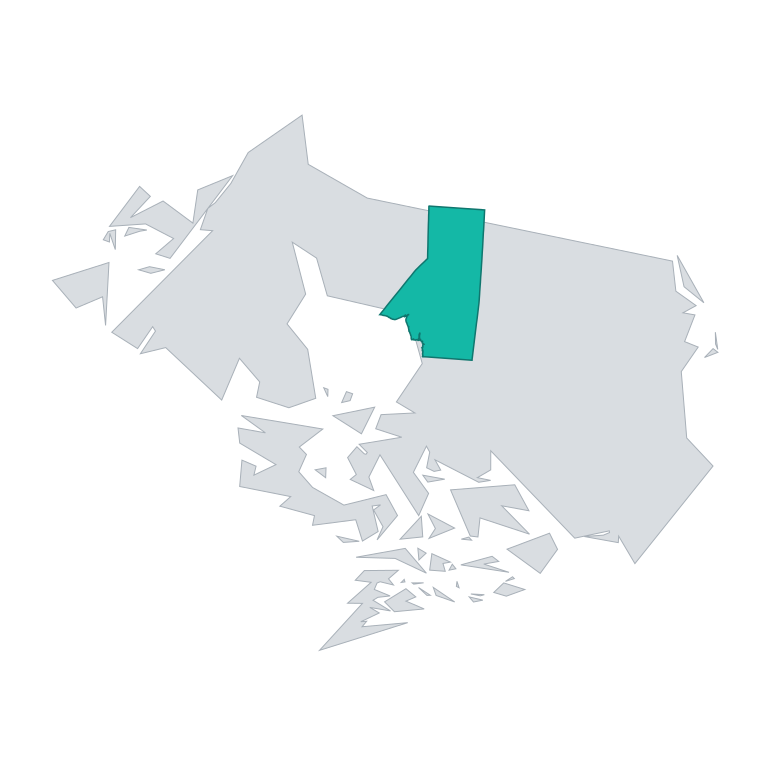 Manitoba on a map of Canada (Albers equal-area conic projection), rotated 181°
{"feature_id": "CAN-630", "entity_name": "Manitoba", "entity_type": "Province", "adm_level": 1, "iso_a3": "CAN", "parent_name": "Canada", "parent_adm1": "", "projection": "albers", "projection_center": [-94.63, 54.496], "detail": "fine", "context": "in_parent", "style": "filled", "palette": "teal", "viewbox_px": 768, "rotation_deg": 181, "n_neighbors": 0, "source": "natural_earth", "source_scale": "10m", "svg_char_len": 8502}
<svg xmlns="http://www.w3.org/2000/svg" viewBox="0 0 768 768"><g transform="rotate(181 384 384)"><path d="M87.0,401.6L80.4,335.3L53.6,307.7L130.0,208.8L146.7,236.0L147.0,229.5L181.1,235.0L162.0,236.7L155.9,239.4L156.2,241.1L190.6,233.2L276.1,319.1L275.8,300.0L289.0,292.0L275.7,289.5L287.6,287.4L331.7,309.1L325.8,298.9L332.4,297.5L339.9,301.0L337.1,316.7L340.5,322.6L353.1,296.2L337.5,275.4L347.0,253.0L386.8,313.1L397.5,290.7L392.4,277.3L416.1,288.0L410.1,293.0L419.1,309.8L410.0,320.8L402.6,313.9L400.8,313.4L399.5,315.2L407.8,323.3L365.3,331.1L391.5,339.1L386.4,353.3L352.6,355.6L371.3,366.3L346.1,405.1L360.6,453.9L442.2,471.2L453.6,508.7L478.2,524.2L463.9,472.5L482.0,442.4L460.9,417.3L452.0,368.5L478.7,358.6L511.2,368.5L508.3,383.9L529.0,407.2L546.0,365.1L602.9,416.6L628.1,410.0L613.4,432.9L616.3,437.3L631.0,415.1L657.1,431.0L558.0,534.3L570.3,535.1L563.2,556.5L555.8,562.4L540.7,581.7L523.8,613.1L470.6,651.4L463.6,602.3L404.0,569.6L97.7,511.9L93.8,481.9L73.3,467.8L86.4,460.4L74.3,458.5L84.2,431.6L70.5,426.4L87.0,401.6ZM385.3,263.1L393.7,261.8L387.3,236.4L402.8,226.6L409.9,247.8L453.0,241.5L451.2,251.2L486.0,260.0L475.3,269.8L526.5,279.0L524.7,305.4L510.5,299.6L512.5,290.6L490.6,301.5L527.2,322.4L529.2,337.5L501.7,333.1L526.1,350.0L444.4,337.9L467.6,319.5L460.3,312.2L467.7,294.8L453.6,279.3L422.0,262.2L380.0,273.4L368.2,252.7L388.2,228.0L382.5,241.3L392.2,257.9L385.3,263.1ZM356.1,145.8L443.8,116.6L401.7,164.3L416.6,164.2L393.4,185.5L409.3,187.3L400.4,197.1L366.4,198.0L376.1,189.3L371.0,183.2L384.4,186.2L387.5,184.9L390.1,178.4L374.2,172.2L386.4,170.6L391.2,167.6L373.5,157.2L394.3,160.4L384.8,155.0L403.1,145.9L397.2,146.5L401.7,140.9L356.1,145.8ZM235.9,236.4L285.7,251.8L287.4,232.7L295.1,233.5L315.6,279.3L251.5,285.5L236.9,259.8L264.2,264.3L235.9,236.4ZM608.1,563.1L577.9,541.5L573.6,574.8L539.0,589.7L600.1,505.9L614.5,510.2L596.9,525.8L625.2,539.9L661.2,536.8L631.8,577.3L620.9,567.5L640.4,545.9L608.1,563.1ZM224.5,197.4L258.1,221.0L215.9,237.7L207.6,221.7L224.5,197.4ZM339.9,159.8L369.6,156.5L379.6,166.2L358.5,179.7L348.5,171.7L358.3,167.3L339.9,159.8ZM338.3,195.6L369.8,209.8L408.9,210.3L359.9,220.0L338.3,195.6ZM255.7,197.9L304.0,204.5L272.9,213.6L266.2,208.6L281.1,205.7L255.7,197.9ZM663.4,437.7L666.9,466.3L693.2,454.6L717.3,481.8L661.1,500.7L663.4,437.7ZM310.9,241.2L336.3,230.4L330.1,240.4L337.8,254.8L310.9,241.2ZM392.9,360.7L405.7,333.8L434.5,351.4L392.9,360.7ZM342.6,231.8L365.2,229.1L344.4,252.4L342.6,231.8ZM270.6,177.5L260.8,187.2L239.6,181.0L258.0,174.0L270.6,177.5ZM335.1,198.7L333.2,215.2L314.5,207.1L321.9,205.6L319.5,197.8L335.1,198.7ZM309.5,167.3L328.2,173.5L331.2,181.5L309.5,167.3ZM65.6,470.8L85.7,486.5L93.1,517.7L65.6,470.8ZM406.0,226.3L421.9,224.9L428.5,231.0L406.0,226.3ZM321.6,289.9L338.5,286.7L343.6,293.5L321.6,289.9ZM346.0,208.7L347.3,220.4L338.9,215.6L346.0,208.7ZM337.4,173.4L345.9,181.1L334.0,173.6L337.4,173.4ZM440.7,289.3L451.3,297.0L440.5,299.2L440.7,289.3ZM283.9,173.9L293.5,175.6L280.0,175.1L283.9,173.9ZM304.0,230.2L296.6,232.4L293.7,229.4L304.0,230.2ZM655.0,513.7L660.8,529.9L661.0,521.2L667.2,523.3L662.4,531.6L655.0,533.5L655.0,513.7ZM290.7,167.6L295.1,172.6L281.4,169.6L290.7,167.6ZM631.3,493.9L620.5,497.2L605.1,494.4L619.1,490.6L631.3,493.9ZM426.0,364.7L421.4,375.7L415.2,373.7L417.6,366.8L426.0,364.7ZM50.7,421.5L64.0,416.1L55.6,425.1L50.7,421.5ZM340.9,185.9L350.8,184.4L352.4,185.6L340.9,185.9ZM315.7,199.0L312.6,205.0L308.9,200.5L315.7,199.0ZM623.8,533.8L630.8,532.5L645.8,527.4L641.8,536.1L623.8,533.8ZM440.0,370.4L444.2,379.2L439.9,377.7L440.0,370.4ZM259.1,188.8L252.1,193.5L250.3,191.7L259.1,188.8ZM363.3,185.9L360.4,189.0L359.6,186.5L363.3,185.9ZM308.1,182.9L307.6,188.0L305.4,181.6L308.1,182.9ZM50.9,424.4L53.2,429.8L53.6,441.6L50.9,424.4Z" fill="#d9dde1" stroke="#a8b0b8" stroke-width="1"/><path d="M342.0,562.7L286.4,559.8L286.5,557.3L286.6,554.4L286.9,545.6L287.0,542.6L287.1,539.7L287.3,536.8L287.6,528.0L287.7,525.0L287.8,522.1L288.1,516.2L288.2,513.3L288.3,510.3L288.6,504.4L288.7,501.5L289.0,495.6L289.2,492.7L289.4,486.8L289.6,483.9L289.9,478.0L290.0,475.1L290.3,469.2L290.5,466.2L291.0,461.3L291.5,456.3L292.0,451.3L292.6,446.4L295.8,415.5L296.1,412.4L296.3,410.8L296.4,409.3L342.7,411.9L345.8,411.9L345.9,412.0L345.7,412.4L345.6,412.6L345.8,412.7L345.7,412.9L345.7,413.0L345.8,413.2L345.7,413.5L345.9,414.1L345.8,414.4L345.9,414.7L346.0,414.8L345.9,415.0L345.9,415.4L345.8,415.7L345.7,415.8L345.8,416.5L345.7,416.6L345.6,416.9L345.7,417.1L345.7,417.3L345.8,417.6L346.0,417.7L346.1,417.8L345.9,417.9L345.9,418.1L345.8,418.3L345.9,418.5L346.0,418.6L346.1,418.8L346.1,419.0L346.1,419.3L346.3,419.4L346.3,419.5L346.2,419.6L346.3,420.1L346.3,420.3L346.3,420.5L346.2,420.8L346.3,420.9L346.6,420.7L346.7,420.8L346.4,421.0L346.2,421.1L346.3,421.3L346.0,421.4L346.0,421.5L345.9,421.8L345.8,422.0L345.8,422.3L345.9,422.5L345.9,422.8L345.8,423.0L345.9,423.3L345.9,423.6L345.8,424.2L345.8,424.3L345.5,424.5L345.0,424.4L344.6,424.4L344.3,424.9L344.6,424.7L345.6,424.7L345.7,424.8L345.7,425.0L345.7,425.3L346.0,425.4L346.3,425.5L346.5,425.8L346.6,426.3L346.5,426.5L346.3,427.1L346.2,427.2L346.2,427.3L346.2,427.5L346.1,427.9L346.6,427.3L346.8,427.2L347.1,427.2L347.6,427.6L347.8,427.8L348.0,428.0L348.1,428.4L348.2,429.1L348.3,429.4L348.6,429.5L348.9,429.4L349.3,429.1L349.3,428.9L349.5,428.5L349.5,428.4L349.9,428.2L350.0,428.2L349.9,428.3L349.8,428.5L349.8,428.8L349.8,429.0L349.7,429.2L349.8,429.4L349.9,429.5L350.0,429.7L350.0,429.9L349.9,430.1L349.6,430.4L349.5,430.6L349.3,431.0L349.2,431.4L349.4,432.1L349.3,432.7L349.4,433.1L349.4,433.3L349.3,433.5L349.1,433.8L349.1,434.0L349.1,434.3L349.1,434.5L349.0,435.0L349.0,435.3L348.9,435.9L348.8,436.1L349.0,435.6L349.2,435.3L349.3,435.2L349.4,434.6L349.5,434.5L349.6,434.4L349.6,434.2L349.8,433.9L349.8,433.6L349.8,433.3L349.8,433.2L349.7,433.1L349.8,432.2L349.8,431.9L349.7,431.7L349.7,431.4L349.7,431.2L349.8,430.7L350.2,430.2L350.3,429.9L350.2,429.8L350.2,429.5L350.2,429.3L350.3,429.3L350.4,429.2L350.2,428.8L350.2,428.6L350.4,428.7L350.6,428.7L351.0,428.7L352.3,428.9L352.5,428.8L352.6,428.6L352.8,428.6L353.0,428.7L353.3,428.4L353.6,428.4L354.5,428.7L354.6,428.8L354.7,428.6L355.0,428.6L355.2,428.9L355.2,429.1L355.2,429.4L355.4,429.5L355.6,429.5L355.8,429.4L356.0,429.0L356.1,428.9L356.9,428.7L357.0,428.7L357.2,428.8L357.3,429.0L357.6,429.8L357.6,430.0L357.6,430.4L357.6,430.9L357.6,431.1L357.7,431.3L357.7,431.5L357.7,431.8L357.7,432.1L357.9,432.6L358.3,433.4L358.3,433.9L358.4,434.1L358.5,434.3L358.8,434.8L358.9,435.1L358.9,435.4L359.0,435.6L359.2,435.9L359.2,436.1L359.3,436.3L359.4,436.5L359.6,436.7L359.7,436.8L359.8,436.9L359.7,437.0L359.8,437.2L359.8,437.4L359.9,437.7L359.9,437.9L360.0,437.9L360.1,438.1L360.2,438.4L360.2,439.1L360.5,440.3L360.6,440.9L360.4,441.3L360.5,441.3L360.8,441.5L360.9,441.9L361.1,442.3L361.3,442.9L361.7,443.6L361.8,444.0L362.1,444.7L362.1,444.8L362.1,445.2L362.1,445.3L362.4,445.5L362.5,445.6L362.6,445.8L362.7,446.0L362.8,446.3L362.9,446.6L363.0,446.8L363.1,447.4L363.2,447.9L363.2,448.1L363.2,448.7L363.2,449.2L363.0,449.7L362.4,451.3L362.1,452.1L361.6,452.8L361.4,453.2L361.3,453.4L361.2,453.5L360.9,453.6L360.3,453.9L360.0,454.0L361.2,453.8L361.5,453.6L362.5,452.5L362.9,452.2L364.4,451.8L364.7,451.6L364.8,451.7L364.9,451.8L364.7,452.0L364.0,452.9L363.9,453.0L363.5,453.1L363.4,453.2L363.2,453.4L363.1,453.5L363.4,453.4L364.0,453.2L364.9,452.4L365.7,452.0L366.8,451.8L368.2,451.0L370.3,450.1L372.3,449.2L373.6,448.7L374.9,448.6L376.1,449.0L376.7,448.9L376.9,449.0L377.4,449.3L377.6,449.4L378.0,449.4L378.2,449.5L378.4,449.6L378.4,449.9L378.9,450.0L379.4,450.4L380.1,450.6L380.1,450.8L380.8,451.0L381.5,451.6L381.7,451.8L382.3,451.8L382.7,452.1L384.6,452.4L385.1,452.6L385.3,452.6L386.0,452.5L386.6,452.8L387.0,452.9L387.6,453.1L388.2,453.1L388.3,453.2L388.4,453.3L388.6,453.4L388.7,453.5L388.8,453.4L389.0,453.3L389.4,453.3L387.5,455.8L385.7,458.0L384.0,460.3L382.3,462.6L379.8,465.8L377.3,469.0L374.8,472.2L372.2,475.5L369.9,478.4L367.7,481.3L365.4,484.3L363.1,487.3L361.8,489.0L360.5,490.6L359.1,492.3L357.8,494.0L356.9,495.2L356.0,496.4L355.1,497.5L354.2,498.6L352.3,500.5L350.4,502.5L348.5,504.4L346.5,506.3L346.1,506.7L345.7,507.1L345.2,507.6L344.8,508.0L344.3,508.5L343.9,509.0L343.4,509.4L342.9,509.9L342.6,510.2L342.6,511.0L342.6,516.4L342.5,521.8L342.5,532.6L342.4,544.9L342.3,549.0L342.3,550.5L342.3,552.0L342.3,553.0L342.3,554.0L342.2,555.3L342.2,556.9L342.2,557.4L342.2,557.5L342.2,558.3L342.2,559.5L342.2,561.1L342.2,562.4L342.2,562.5L342.0,562.7Z" fill="#14b8a6" stroke="#0f766e" stroke-width="1.5"/></g></svg>